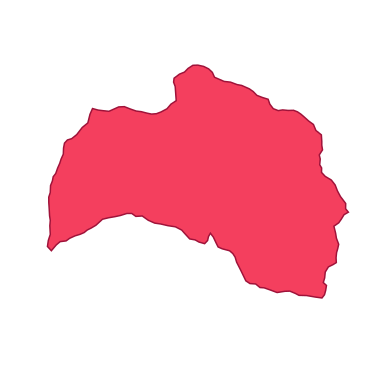 the district of Ouro Verde, São Paulo, Brazil, rotated 261°
{"feature_id": "56859067B76679306167420", "entity_name": "Ouro Verde", "entity_type": "district", "adm_level": 2, "iso_a3": "BRA", "parent_name": "Brazil", "parent_adm1": "São Paulo", "projection": "mercator", "projection_center": [-51.742, -21.497], "detail": "fine", "context": "isolated", "style": "filled", "palette": "rose", "viewbox_px": 384, "rotation_deg": 261, "n_neighbors": 0, "source": "geoboundaries", "source_scale": "gbopen_adm2", "svg_char_len": 2139}
<svg xmlns="http://www.w3.org/2000/svg" viewBox="0 0 384 384"><g transform="rotate(261 192 192)"><path d="M290.0,106.8L284.7,103.4L276.5,99.9L272.9,93.7L266.7,87.1L263.5,81.5L262.9,77.1L260.2,73.7L255.5,72.0L249.5,70.8L244.9,67.8L241.1,65.9L236.6,63.0L231.6,60.3L228.8,57.3L224.7,55.8L220.5,53.3L213.6,51.9L209.3,49.7L203.9,48.9L198.5,48.4L190.7,47.6L186.2,47.6L180.9,46.3L172.3,45.4L166.6,42.5L160.8,40.7L156.0,43.9L161.0,49.7L163.6,54.0L163.4,60.0L165.4,63.9L167.0,69.6L167.7,74.8L168.8,79.1L170.9,82.7L172.1,86.6L174.2,91.9L179.1,99.3L179.6,105.4L179.7,112.1L180.0,117.6L181.0,124.3L180.2,129.2L176.7,132.7L176.1,139.1L170.9,144.4L167.1,150.3L165.3,156.1L162.6,162.7L160.2,170.2L156.0,175.9L152.8,177.9L146.0,182.4L144.2,187.6L141.5,191.0L139.0,196.4L141.6,199.8L145.4,201.3L148.4,203.7L144.2,206.0L137.7,207.9L133.6,209.2L131.2,212.9L128.1,219.9L124.8,222.7L120.9,224.4L115.7,225.1L107.1,227.9L95.8,231.3L92.5,234.9L91.2,240.5L87.0,244.2L86.1,248.2L82.8,254.3L79.4,260.3L79.4,268.2L78.8,273.1L75.6,278.3L73.2,281.5L71.8,289.0L69.0,297.2L67.0,303.8L69.8,306.8L73.8,308.6L78.7,310.2L82.0,307.5L86.4,309.6L92.1,311.1L96.7,315.0L98.2,319.9L99.7,323.5L104.5,324.0L109.5,325.3L113.1,327.0L117.4,328.7L123.8,327.4L128.9,327.4L136.0,326.8L138.6,332.1L141.8,335.2L145.8,338.6L147.6,343.3L151.4,341.1L156.6,342.0L160.6,339.9L164.3,337.9L170.4,335.8L176.5,334.5L182.0,331.5L186.6,326.0L191.1,323.0L195.5,323.8L198.9,322.4L204.5,323.8L208.7,323.5L213.2,327.5L217.9,327.5L221.6,328.1L228.2,328.7L233.4,324.0L239.7,322.5L244.0,318.2L248.6,314.5L251.9,311.7L254.7,308.7L256.8,305.1L257.5,299.8L258.9,294.4L258.9,289.9L261.6,285.3L266.6,282.6L271.7,281.7L274.3,276.4L277.3,271.2L281.6,268.2L284.9,264.8L289.5,257.7L291.0,253.4L294.5,247.2L296.2,241.0L301.8,232.2L307.0,230.8L311.0,227.7L314.2,223.2L316.4,217.6L317.0,212.7L314.7,207.5L311.6,203.3L310.4,198.1L307.2,192.1L303.4,191.0L298.8,191.9L284.7,190.7L282.1,185.0L278.1,180.3L275.9,173.9L274.9,169.1L275.3,164.2L277.0,159.7L279.3,154.4L280.7,149.5L283.5,144.3L286.9,138.5L287.5,132.9L284.7,122.6L286.3,116.6L287.6,112.1L290.0,106.8Z" fill="#f43f5e" stroke="#9f1239" stroke-width="1.5"/></g></svg>